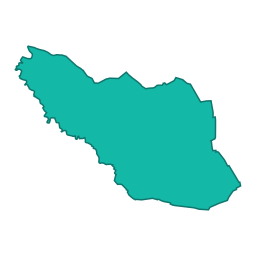 outline of Kota Bukittinggi, Sumatera Barat, Indonesia
{"feature_id": "22746128B12322141134935", "entity_name": "Kota Bukittinggi", "entity_type": "district", "adm_level": 2, "iso_a3": "IDN", "parent_name": "Indonesia", "parent_adm1": "Sumatera Barat", "projection": "mercator", "projection_center": [100.358, -0.299], "detail": "fine", "context": "isolated", "style": "filled", "palette": "teal", "viewbox_px": 256, "rotation_deg": 0, "n_neighbors": 0, "source": "geoboundaries", "source_scale": "gbopen_adm2", "svg_char_len": 4065}
<svg xmlns="http://www.w3.org/2000/svg" viewBox="0 0 256 256"><path d="M215.5,128.2L215.5,119.8L215.2,117.0L213.0,117.4L213.1,112.9L212.9,111.4L211.0,100.8L206.5,101.0L200.6,102.0L198.5,98.3L190.4,84.2L186.9,83.3L186.2,82.7L182.7,79.7L175.9,77.6L174.2,80.6L166.6,84.7L164.8,83.0L164.7,83.1L163.2,83.3L163.1,84.1L162.2,85.2L158.3,85.2L156.9,85.5L155.8,86.5L154.6,87.4L152.9,88.0L149.9,88.1L145.7,88.7L143.0,87.0L141.7,86.1L140.8,84.7L137.4,81.7L132.8,78.3L128.5,74.7L126.3,72.2L118.5,78.5L109.8,78.2L106.1,79.1L98.4,83.2L94.7,83.0L94.3,82.9L92.8,79.9L92.0,78.4L88.5,76.8L88.4,76.8L87.1,76.0L84.0,71.7L83.3,70.5L83.2,70.5L83.2,70.4L82.9,70.3L82.4,70.0L80.7,68.5L77.6,66.7L76.5,66.0L65.9,56.2L64.8,56.0L62.3,55.1L58.4,54.9L56.8,54.7L54.9,55.2L53.6,55.5L51.3,54.8L50.6,54.4L47.9,52.4L46.7,51.8L44.1,50.6L42.2,50.2L40.6,49.8L39.4,49.5L37.3,48.8L36.1,48.4L34.5,47.6L32.3,47.1L28.3,46.2L27.9,46.4L27.8,46.9L28.2,48.2L28.7,49.5L29.6,51.2L30.1,51.7L31.8,53.3L32.3,54.1L32.3,55.6L31.9,57.1L31.2,58.3L30.1,58.8L28.4,58.6L27.5,58.6L25.5,57.9L22.8,56.9L22.4,57.2L20.8,59.8L20.6,60.5L21.3,61.6L22.6,62.6L22.4,63.2L20.8,62.8L19.3,62.9L18.9,63.5L18.9,64.8L18.8,65.3L17.4,66.1L16.8,66.1L16.4,66.6L16.4,67.5L16.9,68.1L16.5,68.6L16.1,68.7L15.4,69.2L15.4,69.7L15.9,70.1L16.5,70.3L17.1,70.1L17.5,69.5L18.3,69.4L18.8,69.1L19.9,69.4L20.4,69.6L21.7,71.0L21.2,72.6L20.7,73.8L20.7,74.4L20.4,75.2L19.8,75.6L19.5,75.7L19.3,76.1L19.4,76.5L19.7,76.7L20.0,78.2L20.8,78.7L22.5,79.4L23.0,79.7L26.3,80.5L26.7,81.7L26.6,82.5L24.9,84.6L25.1,85.0L26.5,84.3L27.7,85.1L28.2,86.5L29.0,87.5L29.3,88.7L30.3,89.4L31.9,90.2L33.4,90.6L34.4,91.3L34.5,91.9L33.9,94.2L34.0,96.2L34.6,96.6L35.0,96.3L36.5,97.7L38.9,99.0L39.9,100.2L40.0,101.5L40.4,103.3L40.8,103.6L41.7,104.0L42.7,104.9L43.3,105.5L44.0,106.8L43.3,107.4L42.8,107.9L44.4,110.7L45.3,111.5L46.2,112.3L46.6,112.7L45.2,114.5L44.7,115.2L44.3,115.9L44.5,116.5L46.5,116.9L47.5,117.5L48.0,117.9L48.5,119.5L47.8,120.6L47.6,120.8L47.1,121.7L47.1,122.6L47.9,122.9L49.0,123.0L49.5,122.3L50.1,120.6L50.2,118.7L51.2,117.9L51.9,117.7L54.9,118.1L55.1,118.8L55.1,119.2L55.2,119.6L55.4,119.8L55.8,120.9L56.3,122.5L57.1,122.7L58.0,122.6L58.8,122.9L59.2,124.1L59.7,127.7L60.3,128.2L60.8,128.5L61.2,128.7L62.0,129.3L62.2,129.6L62.4,130.0L62.2,130.5L61.8,131.0L61.3,131.4L61.3,131.6L61.6,131.8L62.2,131.6L63.0,131.0L63.8,130.7L64.9,130.5L65.7,130.7L66.4,131.4L66.4,132.4L66.7,133.9L67.4,134.8L68.6,135.2L69.6,135.4L71.7,135.8L72.9,136.3L74.6,136.3L75.0,135.9L75.4,136.1L75.4,137.8L75.7,138.9L76.4,139.3L76.9,139.2L77.5,138.3L77.7,137.1L78.1,136.6L78.6,136.3L79.5,138.6L81.2,138.5L82.5,138.5L83.6,138.2L84.1,137.8L84.8,137.6L85.0,138.1L85.1,139.1L85.4,140.0L85.4,140.8L85.3,141.8L85.9,142.5L86.7,142.7L87.9,142.9L90.9,144.6L91.5,145.0L91.6,145.7L92.0,146.3L93.0,146.6L93.5,147.0L93.4,148.4L95.3,148.9L96.1,149.9L96.2,150.1L96.8,152.4L96.8,153.9L97.7,155.2L98.9,157.2L99.0,158.2L99.1,159.0L98.9,161.4L98.9,161.5L99.0,162.6L100.2,163.3L101.6,162.9L102.5,162.9L104.3,163.4L105.3,164.2L106.0,164.5L107.3,164.4L109.0,164.3L110.2,164.1L111.2,164.4L112.5,165.7L113.1,164.1L112.5,165.8L114.4,167.6L114.3,168.4L113.8,168.9L114.7,169.7L115.7,170.1L115.7,170.9L114.6,172.8L114.8,173.4L115.8,174.5L116.7,174.1L115.9,174.5L114.4,180.6L117.5,184.3L118.4,184.3L121.5,184.3L123.2,185.9L123.7,186.4L126.1,188.8L126.4,189.9L127.4,190.2L127.9,190.8L127.9,191.6L127.4,192.1L129.2,195.3L133.7,199.0L134.6,199.0L135.2,199.7L136.4,199.4L141.7,199.8L152.5,198.3L157.5,199.7L158.1,199.2L159.2,199.6L161.5,200.7L163.7,201.5L164.9,201.7L169.4,202.6L170.7,203.2L170.4,204.1L172.8,205.1L174.9,205.5L194.2,207.8L194.5,207.9L199.1,209.2L208.5,209.8L209.9,207.3L219.3,203.2L227.4,200.4L228.6,197.4L233.0,191.0L235.9,189.7L236.4,189.5L236.5,188.0L238.6,186.9L240.6,185.9L239.8,182.2L238.9,182.3L236.8,178.7L234.0,174.0L229.0,165.7L227.6,166.0L226.6,164.0L224.4,159.9L218.5,152.2L216.7,151.6L216.3,151.7L215.9,151.9L215.8,150.4L213.0,150.7L212.2,148.5L211.3,141.1L210.9,140.9L212.6,140.0L213.7,139.2L213.9,139.1L214.6,139.1L215.4,137.7L215.5,128.2Z" fill="#14b8a6" stroke="#0f766e" stroke-width="1.5"/></svg>